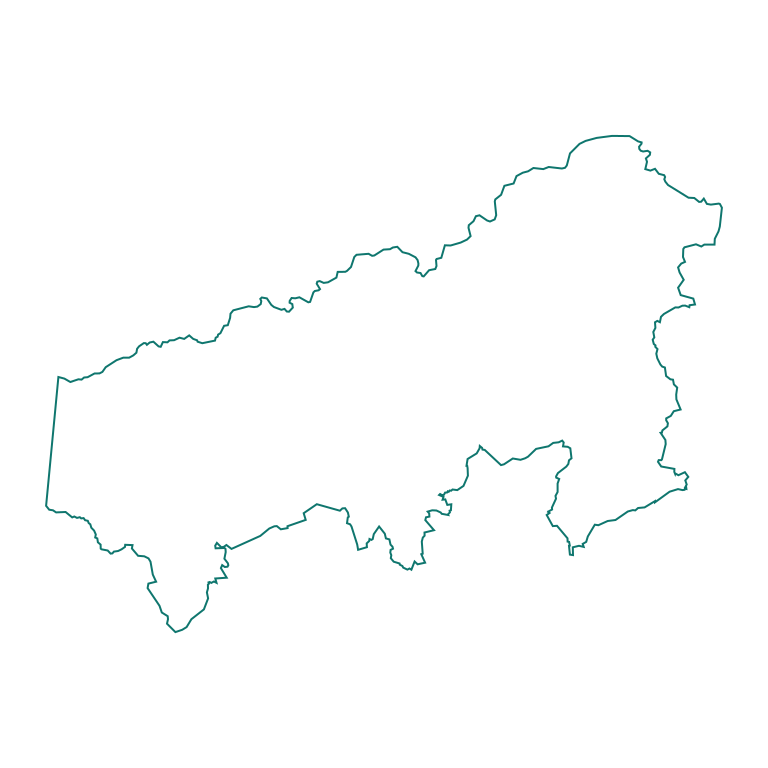 Tecozautla, Hidalgo, Mexico
{"feature_id": "50627088B66071883870348", "entity_name": "Tecozautla", "entity_type": "district", "adm_level": 2, "iso_a3": "MEX", "parent_name": "Mexico", "parent_adm1": "Hidalgo", "projection": "natural_earth1", "projection_center": [-99.632, 20.54], "detail": "fine", "context": "isolated", "style": "outline", "palette": "teal", "viewbox_px": 768, "rotation_deg": 0, "n_neighbors": 0, "source": "geoboundaries", "source_scale": "gbopen_adm2", "svg_char_len": 6085}
<svg xmlns="http://www.w3.org/2000/svg" viewBox="0 0 768 768"><path d="M688.3,476.9L684.9,472.2L678.4,475.2L675.4,473.5L675.2,474.1L674.3,471.9L674.4,468.9L661.2,466.5L658.0,461.8L658.7,460.1L661.4,460.1L662.0,459.2L665.7,444.1L665.4,440.0L660.6,432.8L661.9,432.6L662.4,430.4L667.4,426.4L667.9,423.2L666.2,420.3L666.2,418.4L670.8,415.9L673.8,411.2L680.6,409.5L676.4,399.4L676.2,394.6L677.2,387.6L673.9,384.4L673.0,379.7L670.4,379.3L666.1,376.0L664.9,367.5L662.2,366.6L660.4,364.5L657.3,358.3L656.3,353.7L657.5,349.1L655.3,346.8L655.5,345.4L653.8,344.0L652.7,339.7L654.3,337.4L653.3,332.0L655.4,327.9L655.0,322.3L657.3,320.9L659.9,322.2L661.0,316.8L663.9,314.0L675.3,307.4L678.5,307.5L682.4,305.7L685.2,305.6L689.3,307.2L689.6,305.2L695.0,304.5L693.3,298.6L680.7,295.1L678.1,287.7L683.7,279.8L679.6,272.5L678.1,267.4L681.2,263.6L685.0,261.9L683.0,257.0L683.3,249.0L684.5,247.3L696.0,244.3L701.3,246.5L704.3,244.6L714.5,244.6L714.8,238.8L718.5,231.4L719.8,226.6L721.9,207.7L719.9,204.0L718.8,203.6L710.9,204.6L706.9,203.9L703.8,198.6L701.2,201.7L699.1,201.9L694.3,198.0L688.5,197.7L668.0,185.0L665.3,181.6L664.3,179.2L665.1,177.0L664.2,175.2L658.8,173.8L655.0,168.8L650.4,170.6L645.3,169.1L647.0,161.8L645.9,158.4L649.9,154.8L650.2,152.4L647.6,150.8L643.1,151.5L640.7,150.7L639.3,148.9L639.1,146.7L641.5,143.7L641.6,142.4L638.1,141.4L629.6,136.1L612.1,135.9L596.7,137.9L585.6,140.9L579.5,143.9L570.0,153.4L566.8,165.5L565.0,167.8L561.9,168.5L548.7,167.0L543.3,169.1L533.4,168.0L528.1,171.3L522.8,172.7L516.5,176.1L513.6,183.5L504.4,185.8L501.1,194.8L495.3,199.4L494.8,201.4L496.2,215.2L494.7,219.4L490.0,221.5L487.1,220.5L479.5,215.3L475.9,216.2L473.5,221.2L468.8,225.2L468.5,227.8L470.6,236.1L467.0,239.6L460.6,242.6L450.6,245.5L444.9,245.3L441.3,257.8L436.6,259.0L436.0,260.0L436.5,266.0L435.3,269.0L429.1,270.2L423.7,276.4L422.3,276.1L420.5,273.0L417.0,272.5L415.5,271.1L418.3,265.6L418.4,263.5L417.6,260.1L415.5,257.3L408.8,253.8L402.5,252.2L397.3,246.8L392.9,247.5L390.0,249.2L383.5,249.6L374.3,255.5L372.1,255.8L368.6,253.8L356.5,254.8L354.3,257.0L351.0,267.0L347.0,270.9L345.3,271.8L337.7,271.9L336.4,277.6L328.0,282.3L323.7,282.9L319.7,281.1L317.3,281.7L316.7,283.7L320.0,289.1L318.6,290.3L314.8,291.0L313.4,292.4L310.1,301.9L308.3,302.3L299.4,297.3L295.3,298.3L291.6,298.0L289.7,300.9L289.6,302.7L292.3,304.1L292.8,307.6L289.0,311.7L286.8,311.5L284.5,308.9L281.4,309.8L273.9,307.0L271.3,304.9L266.9,298.4L261.8,297.5L260.3,298.9L261.3,301.1L260.7,304.1L257.4,306.6L254.0,307.1L248.7,306.3L233.3,310.3L230.5,313.7L230.1,317.9L227.8,325.2L224.1,325.8L220.4,333.2L218.1,334.6L217.6,336.7L215.7,337.7L215.0,340.6L202.3,343.2L197.6,341.7L197.1,340.3L193.2,338.9L189.2,335.4L184.2,338.9L179.5,337.7L174.1,340.2L169.5,340.4L167.5,342.3L162.9,342.1L160.7,346.8L158.6,346.4L153.4,341.7L149.7,342.5L146.9,344.8L145.7,343.2L143.8,343.1L139.1,346.3L137.1,348.8L136.4,352.7L133.3,355.4L129.1,357.7L123.2,357.7L116.5,360.2L105.7,367.2L102.4,371.9L99.5,373.4L94.5,373.5L87.6,377.2L84.1,377.5L81.6,379.6L78.4,379.3L70.3,382.0L64.4,378.6L58.4,377.0L46.1,505.8L49.2,509.7L53.0,510.3L56.1,512.4L65.6,512.0L72.2,517.4L74.3,516.5L77.0,517.9L79.8,517.2L81.2,518.4L83.6,518.1L85.1,520.2L87.8,520.8L88.7,523.1L90.3,524.3L91.3,527.7L94.1,530.6L95.8,534.5L95.2,537.5L97.3,538.4L97.9,542.3L100.6,544.6L100.7,548.6L101.5,549.3L107.7,550.5L110.6,553.6L112.4,553.4L113.9,551.6L118.1,551.0L121.6,549.3L125.0,546.9L125.2,544.8L132.5,545.1L131.9,548.5L138.1,555.8L144.3,556.3L148.5,558.4L150.5,561.7L152.8,574.6L156.1,581.7L148.4,583.6L147.6,588.1L159.5,605.8L161.8,612.5L167.7,616.2L168.0,619.2L167.0,623.7L175.4,632.1L182.2,629.8L186.6,627.1L191.4,619.2L203.9,609.4L208.1,598.4L206.9,592.4L208.0,588.4L207.9,584.7L208.9,583.7L208.5,582.4L209.7,582.0L211.3,582.9L213.9,581.5L216.5,582.8L215.3,578.5L226.7,577.7L220.9,568.1L222.2,565.1L224.8,567.0L227.5,566.7L228.3,565.3L227.9,563.3L224.4,558.7L225.7,552.1L225.5,548.9L224.5,548.0L215.6,548.3L215.2,545.7L216.9,542.9L221.3,547.3L223.9,546.8L226.4,545.0L231.5,548.9L260.3,535.9L269.3,528.5L274.3,526.3L276.8,526.1L280.8,529.3L287.6,528.1L287.5,526.2L305.7,519.9L303.7,513.2L316.8,504.2L339.9,510.7L342.4,508.4L345.1,508.2L347.9,512.5L348.8,516.7L347.8,517.4L347.0,523.2L350.1,524.3L351.5,526.5L357.2,544.5L358.1,549.8L366.9,547.2L366.7,543.4L369.2,541.0L369.5,539.0L371.4,539.9L372.7,539.1L373.8,534.1L379.1,526.5L384.8,533.7L385.9,538.4L389.4,539.4L390.5,544.6L392.5,546.7L393.0,548.7L390.6,549.9L390.3,552.6L391.3,555.2L390.8,558.2L393.7,561.7L399.6,563.5L399.8,564.7L402.4,566.0L403.2,567.6L407.4,569.6L409.5,568.5L411.4,569.7L414.6,561.5L417.6,564.3L425.1,562.7L421.3,554.2L422.7,553.7L421.8,541.6L422.8,537.6L424.6,535.7L424.5,532.5L434.0,530.2L425.3,520.1L426.0,517.3L429.4,516.6L429.2,513.4L427.7,511.6L432.2,510.3L436.4,510.5L440.7,512.5L441.7,513.8L448.2,515.0L447.9,514.4L449.9,512.4L449.6,510.7L450.9,510.3L451.3,504.3L447.3,504.9L445.3,499.4L442.6,499.7L443.5,496.9L439.1,495.0L440.1,494.0L442.0,495.1L443.9,494.8L445.1,492.6L447.1,492.5L447.8,491.3L448.7,491.8L449.7,490.5L451.2,490.7L452.5,489.5L457.3,490.1L463.5,485.9L467.9,475.7L467.6,468.1L467.2,465.8L466.5,465.8L467.6,459.0L476.7,453.4L479.6,448.3L479.8,446.0L482.1,447.9L482.5,449.6L484.7,449.9L501.0,465.1L504.0,464.3L512.8,458.5L520.5,459.8L525.1,458.3L528.0,456.7L536.1,448.9L548.5,446.3L553.2,442.9L558.7,442.3L562.2,440.6L563.7,442.5L563.0,446.4L567.7,446.8L570.3,448.3L571.5,458.3L569.0,460.3L568.3,464.0L566.3,466.6L557.9,473.1L556.1,476.4L556.2,477.6L559.2,479.0L557.6,483.5L557.6,492.0L555.5,495.9L556.0,498.7L551.9,507.6L552.1,509.5L548.1,511.7L547.3,511.3L549.5,513.0L546.7,515.0L552.8,526.1L557.0,525.8L567.5,538.3L567.6,541.6L569.1,541.9L569.8,545.6L569.0,545.8L569.9,554.6L573.0,555.1L572.8,547.3L579.0,545.8L583.7,546.9L582.7,543.9L586.2,541.9L587.8,536.5L594.8,524.7L598.4,525.2L607.7,521.0L615.5,520.0L627.8,511.5L632.8,510.1L635.3,510.4L638.1,508.0L644.6,507.4L655.0,501.1L655.0,502.3L669.6,491.7L678.0,489.1L682.6,490.1L684.6,489.8L684.9,488.7L686.4,489.0L686.1,486.8L685.4,486.9L686.7,484.5L685.3,480.4L688.3,476.9Z" fill="none" stroke="#0f766e" stroke-width="2"/></svg>